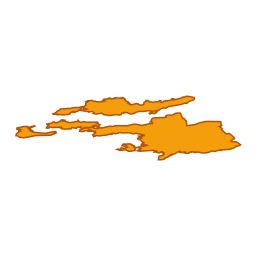 Ålesund nor, Møre og Romsdal, Norway (Robinson projection)
{"feature_id": "86288312B66983801026495", "entity_name": "Ålesund nor", "entity_type": "district", "adm_level": 2, "iso_a3": "NOR", "parent_name": "Norway", "parent_adm1": "Møre og Romsdal", "projection": "robinson", "projection_center": [6.304, 62.469], "detail": "fine", "context": "isolated", "style": "filled", "palette": "amber", "viewbox_px": 256, "rotation_deg": 0, "n_neighbors": 0, "source": "geoboundaries", "source_scale": "gbopen_adm2", "svg_char_len": 5892}
<svg xmlns="http://www.w3.org/2000/svg" viewBox="0 0 256 256"><path d="M139.2,151.2L153.4,150.4L155.5,150.8L154.3,151.3L154.7,151.7L154.3,152.1L156.7,151.9L157.3,152.1L157.1,152.5L159.2,152.9L160.1,152.3L162.2,152.7L161.6,151.8L163.1,151.8L162.2,152.1L163.8,152.7L164.1,154.2L163.3,154.2L163.2,155.3L159.2,156.1L158.5,157.4L158.8,158.8L158.4,159.7L161.6,159.7L163.9,159.3L164.9,158.6L164.8,158.1L168.2,157.0L168.1,156.6L171.0,155.3L170.2,155.1L171.2,154.4L175.0,153.8L178.0,151.8L180.1,151.2L180.4,151.4L179.2,152.1L181.9,152.7L182.8,152.1L185.0,152.0L185.3,152.1L184.5,152.9L186.8,153.4L188.9,153.2L189.2,152.5L191.2,151.7L191.4,152.2L193.3,151.7L194.1,152.4L194.9,152.1L194.8,152.6L197.7,152.0L202.1,153.0L204.9,153.0L209.3,152.2L211.5,151.0L215.0,151.4L219.2,150.0L221.4,150.4L221.3,149.9L230.0,149.3L233.3,148.2L235.6,147.0L235.6,146.5L239.7,145.5L240.6,144.8L236.3,141.8L232.0,141.7L230.8,141.2L232.3,139.7L234.5,138.6L233.7,137.0L229.2,133.4L226.3,134.0L221.3,129.4L222.1,128.6L219.3,126.5L221.7,125.8L220.8,123.2L220.8,121.6L206.2,121.4L199.8,122.8L194.8,124.6L186.7,125.7L186.5,121.4L183.8,118.4L182.8,118.6L180.3,113.1L177.6,113.0L174.5,113.6L174.1,114.4L171.5,115.2L168.1,115.1L166.2,115.6L165.8,116.1L166.2,116.9L165.9,117.4L153.8,117.9L152.1,118.6L151.3,120.0L151.6,120.2L151.4,121.1L150.7,121.4L152.4,122.5L152.7,123.0L152.3,123.6L150.1,123.2L150.2,123.6L149.5,123.4L148.7,124.0L141.6,125.4L134.9,124.0L126.9,125.8L115.5,125.6L112.4,126.5L110.3,126.1L101.6,128.0L98.1,127.5L98.4,128.1L97.0,127.9L97.0,128.6L94.2,128.1L94.0,127.6L91.0,127.4L87.9,128.1L85.4,127.9L80.1,129.7L79.5,130.7L79.6,131.3L80.8,131.5L83.8,131.4L85.4,130.7L88.4,130.6L88.9,129.8L90.7,130.1L89.0,131.3L95.3,131.2L95.2,131.8L94.4,132.1L95.5,132.9L92.9,134.6L93.3,134.9L93.2,135.4L94.7,135.5L93.3,135.9L93.8,136.8L96.3,135.6L99.2,135.9L106.9,135.0L109.6,134.2L111.7,134.2L111.4,133.7L112.0,133.4L115.7,133.7L120.5,132.5L121.7,132.9L129.4,132.8L133.2,133.8L136.3,133.4L144.4,135.1L144.2,135.7L138.5,136.2L139.5,137.2L140.4,137.2L141.3,136.5L141.1,137.0L141.8,137.2L141.7,138.0L137.5,138.3L137.9,139.2L140.4,139.9L141.9,141.6L143.6,142.5L142.7,143.2L143.8,143.2L143.8,143.6L143.0,144.3L141.3,144.5L141.3,145.3L146.0,144.8L146.7,145.2L143.5,145.4L144.8,146.0L138.3,147.1L138.6,148.0L141.6,148.8L140.5,148.9L140.2,149.8L138.3,150.0L137.3,150.7L139.2,151.2ZM194.4,98.9L194.1,97.5L187.7,96.3L185.6,96.4L184.6,97.2L182.5,97.1L181.8,97.9L176.0,99.4L173.9,99.5L173.8,98.9L172.8,98.6L171.8,98.9L172.4,99.9L171.3,99.7L169.9,100.5L164.0,101.0L163.6,101.7L161.7,102.5L160.9,102.2L161.0,100.7L160.7,100.6L159.2,100.6L159.0,101.6L153.3,102.2L149.5,101.9L149.5,101.4L148.2,101.1L148.1,100.6L146.5,100.5L146.8,100.8L144.0,102.5L144.0,103.5L143.5,104.0L143.7,104.5L142.0,105.1L139.1,104.9L138.1,103.8L136.2,103.6L131.1,104.9L130.3,104.7L128.1,103.4L129.3,103.1L128.3,102.6L128.1,101.8L125.4,100.9L124.8,99.8L125.4,99.8L125.2,99.3L123.7,97.9L121.8,98.3L122.1,97.7L120.0,98.2L115.2,97.7L114.4,98.0L114.7,98.6L111.8,98.8L109.4,98.6L109.9,98.1L109.1,98.0L106.8,99.2L103.9,99.1L102.8,100.7L104.1,100.2L104.9,100.8L101.8,101.1L103.7,101.0L103.7,101.5L100.2,101.6L99.5,102.0L96.0,101.6L95.6,101.2L93.7,101.4L92.5,100.4L87.7,100.8L86.4,101.5L87.8,101.8L85.6,103.1L85.9,105.1L84.5,106.2L78.3,107.6L74.7,107.5L69.2,108.6L67.3,108.3L65.6,108.8L60.7,108.9L60.0,109.2L59.6,110.1L56.8,111.4L56.0,112.7L52.9,113.9L53.2,114.3L57.4,114.2L58.0,114.5L57.3,114.7L58.0,114.9L58.6,114.4L62.7,114.9L67.5,114.6L70.0,113.8L69.8,113.2L72.8,111.5L73.7,111.6L73.4,112.4L74.7,112.3L77.9,111.0L77.8,110.7L78.4,110.2L80.2,110.2L80.7,109.5L80.5,109.0L81.8,107.9L84.8,108.1L86.6,109.0L83.7,109.3L82.6,110.2L80.6,110.0L80.5,110.4L88.5,111.7L88.8,112.2L90.3,111.6L93.1,111.8L94.0,112.8L93.5,113.4L94.0,113.2L93.5,113.5L96.2,114.1L101.9,113.1L103.4,114.6L105.1,115.0L105.9,114.6L108.8,115.6L115.5,114.7L119.6,115.0L121.2,114.4L121.3,113.6L121.9,113.1L124.0,112.5L124.0,113.1L126.1,112.4L130.9,114.1L134.6,113.3L134.9,112.7L138.9,111.4L144.7,111.4L147.8,110.7L152.9,111.3L149.3,113.3L149.6,113.9L150.9,113.7L152.1,112.7L153.0,113.5L154.9,113.5L156.6,112.6L157.1,111.7L155.1,110.9L158.8,110.2L161.0,108.6L164.9,107.7L165.5,108.2L168.6,106.6L181.4,104.4L184.2,103.3L186.9,103.3L189.1,101.4L193.7,99.9L194.4,98.9ZM63.6,119.8L61.5,119.9L60.5,120.6L60.4,121.2L57.1,122.6L54.7,122.7L54.5,122.0L53.1,121.9L52.0,123.0L46.2,124.2L48.8,124.9L46.8,127.0L46.4,128.0L49.7,128.1L47.6,127.6L50.6,126.9L52.1,127.6L61.7,127.2L61.8,127.8L60.6,128.0L61.9,128.8L64.3,129.1L71.0,128.9L71.7,127.7L76.0,128.2L75.8,127.9L76.8,127.9L76.4,127.8L77.6,127.3L80.8,126.8L81.3,126.9L79.2,127.3L81.3,127.5L81.6,128.2L81.2,128.2L81.3,128.5L82.2,128.7L84.8,127.5L89.4,127.5L93.9,126.6L94.7,125.9L92.3,125.8L94.3,125.4L96.0,125.4L95.8,126.1L98.2,126.2L99.0,126.0L98.7,125.7L100.0,124.8L97.0,123.3L98.1,123.0L97.8,122.3L96.8,122.1L86.5,122.2L83.8,121.6L80.7,122.4L79.0,121.7L78.4,120.3L78.1,120.3L78.5,121.2L69.7,122.7L64.6,121.2L65.1,120.5L64.9,120.1L64.1,120.3L63.6,121.2L62.6,121.2L62.4,120.5L63.6,119.8ZM23.5,126.6L16.9,128.0L16.7,128.9L17.2,129.4L20.5,129.3L20.8,129.7L19.0,130.2L18.7,131.0L20.2,131.3L16.3,133.8L16.2,135.5L15.4,135.7L17.2,135.8L19.7,137.2L19.0,137.3L24.1,137.8L35.5,135.6L50.6,135.2L54.8,133.6L53.9,133.4L55.4,132.2L56.1,132.2L55.7,131.5L53.4,131.6L45.0,133.4L33.9,132.3L32.3,131.7L33.1,131.4L30.4,131.2L30.2,130.6L32.3,130.6L31.7,130.1L29.5,130.1L29.3,129.3L30.9,129.0L28.9,128.4L34.9,126.1L34.6,125.8L28.8,127.3L27.3,127.0L27.8,126.7L27.4,126.4L23.5,126.6ZM123.8,144.0L123.1,144.1L121.9,145.7L125.9,146.5L127.4,147.4L124.3,148.3L121.4,147.8L120.8,148.1L121.0,149.1L119.9,149.4L118.6,148.9L117.1,149.5L120.6,150.4L125.5,149.8L128.8,151.3L130.1,151.3L134.9,150.5L135.3,149.5L135.0,149.3L135.6,147.7L137.6,147.6L133.7,147.0L134.3,145.9L131.8,145.2L131.6,144.9L131.9,144.5L129.6,143.8L125.8,144.1L126.2,144.9L123.8,144.0Z" fill="#f59e0b" stroke="#b45309" stroke-width="1.5"/></svg>